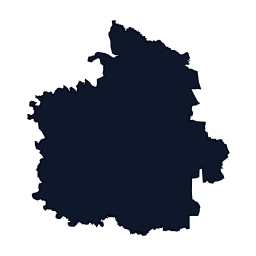 the district of Pénjamo, Guanajuato, Mexico, rotated 87°
{"feature_id": "50627088B98341179464561", "entity_name": "Pénjamo", "entity_type": "district", "adm_level": 2, "iso_a3": "MEX", "parent_name": "Mexico", "parent_adm1": "Guanajuato", "projection": "mercator", "projection_center": [-101.833, 20.405], "detail": "fine", "context": "isolated", "style": "filled", "palette": "ink", "viewbox_px": 256, "rotation_deg": 87, "n_neighbors": 0, "source": "geoboundaries", "source_scale": "gbopen_adm2", "svg_char_len": 5813}
<svg xmlns="http://www.w3.org/2000/svg" viewBox="0 0 256 256"><g transform="rotate(87 128 128)"><path d="M75.3,56.3L75.1,57.8L72.7,62.0L73.1,65.7L72.1,64.9L71.0,65.2L68.8,68.8L67.4,67.8L66.9,66.7L67.4,64.5L67.1,64.1L65.4,65.6L64.5,64.5L64.7,65.8L63.9,66.3L62.5,65.9L62.5,63.9L60.6,63.2L60.2,64.1L57.1,64.2L55.9,65.3L58.2,69.6L57.6,72.9L56.0,74.0L53.9,76.7L53.2,78.0L53.1,81.1L51.0,82.0L50.6,84.3L49.7,84.2L49.5,85.7L49.9,86.4L48.0,86.9L45.7,88.4L44.8,90.2L43.1,91.0L42.2,92.8L43.9,96.5L42.6,97.7L43.3,98.1L43.7,99.3L42.5,101.2L42.5,104.0L43.1,104.7L42.2,105.0L42.4,105.5L41.5,106.2L40.7,106.4L40.0,105.6L39.7,106.6L37.8,106.8L38.0,108.5L37.1,109.1L37.3,109.8L36.3,110.4L35.4,110.1L35.2,111.4L34.3,112.4L33.6,111.9L33.6,112.7L32.8,112.9L33.5,113.6L32.8,113.8L32.9,114.5L31.4,115.1L30.3,117.6L29.1,117.7L29.3,118.7L30.2,119.1L28.7,120.4L28.3,120.1L27.9,121.0L28.3,121.6L29.5,121.8L29.3,123.6L31.4,123.9L31.6,126.4L28.8,126.3L28.4,127.4L27.3,127.3L27.8,128.3L27.4,128.7L25.7,128.3L25.7,129.8L25.2,129.8L24.9,131.0L25.0,132.2L24.0,132.6L24.5,133.3L23.0,135.6L20.4,135.5L20.6,137.8L24.8,137.5L27.2,139.6L30.3,140.0L32.2,141.8L34.1,142.0L39.7,140.3L46.2,140.4L52.2,139.3L53.8,137.0L54.1,133.5L55.1,133.0L56.1,133.3L56.1,135.7L57.6,137.3L57.6,138.8L57.0,140.4L54.3,143.9L52.6,147.5L51.1,154.3L52.0,156.2L54.5,157.2L54.6,159.8L55.6,161.6L55.2,162.9L56.0,163.5L58.8,164.1L59.8,161.2L57.9,158.8L56.0,154.4L56.1,153.1L57.7,151.9L62.2,151.3L61.9,149.7L62.4,150.3L63.3,150.1L63.5,149.0L66.3,148.5L66.4,149.0L67.5,148.7L72.1,149.8L75.2,148.7L78.1,155.8L82.8,156.0L85.6,157.0L85.9,158.9L84.6,161.0L84.5,162.1L80.9,164.1L77.6,167.8L78.1,168.0L79.3,167.2L80.4,168.1L83.8,169.4L83.4,171.0L80.7,170.4L80.9,172.3L79.5,172.8L79.1,173.9L82.4,175.6L83.6,177.0L86.1,175.9L90.0,177.3L89.7,178.7L87.6,179.0L84.6,182.5L85.4,183.6L88.6,183.1L89.0,184.7L85.2,186.9L82.9,189.5L84.4,189.6L86.0,190.8L84.9,194.3L85.0,195.8L87.7,198.5L90.1,199.5L90.9,201.5L90.9,202.3L89.0,202.5L88.3,203.4L89.3,204.9L88.1,207.0L87.7,209.6L88.9,210.3L90.9,210.0L91.4,212.0L92.6,213.9L91.7,214.5L92.2,216.1L91.4,218.1L92.5,218.1L93.5,216.4L97.2,213.1L100.7,214.4L101.7,215.5L101.7,217.4L100.8,220.4L99.9,220.4L98.1,218.9L98.2,220.1L97.1,220.6L96.5,223.0L97.1,224.2L100.5,224.8L101.4,221.9L102.8,220.6L104.2,221.1L105.4,220.1L107.3,220.1L108.8,220.7L110.3,222.7L110.9,224.7L109.9,225.7L109.6,227.0L110.2,227.2L111.8,226.5L113.0,227.4L114.1,225.9L112.8,222.0L113.5,221.1L115.6,221.0L116.8,219.9L117.0,216.9L123.6,216.5L126.4,213.9L133.2,210.6L135.3,212.1L134.9,213.0L135.5,215.1L139.3,218.0L139.0,219.4L137.1,220.2L137.0,221.1L140.5,221.1L143.8,220.0L144.2,218.2L146.0,215.4L146.7,215.4L147.4,216.8L148.0,217.0L150.2,214.7L153.4,213.1L154.5,213.8L154.3,215.4L155.3,217.0L156.1,217.3L157.6,216.7L161.4,219.8L162.9,219.9L165.1,221.2L166.0,219.8L171.9,220.2L172.2,218.9L174.5,218.3L176.5,217.1L176.9,215.4L177.3,215.2L179.1,217.1L179.4,219.4L183.7,220.0L184.7,219.3L186.0,219.5L188.0,221.7L188.7,226.0L189.4,226.8L191.4,226.7L193.2,225.6L194.9,222.2L193.7,218.6L195.4,217.1L195.1,215.8L196.1,214.1L196.8,213.5L199.9,213.3L201.2,214.0L202.1,216.2L204.1,216.0L205.3,214.7L203.7,213.1L204.5,212.0L204.4,209.5L206.1,207.5L206.3,204.8L210.0,202.1L210.9,203.9L213.6,204.3L214.4,202.5L214.5,200.4L211.6,197.5L213.4,194.5L214.7,193.7L214.6,192.0L215.2,191.1L216.8,191.9L217.5,190.1L218.7,189.4L219.5,190.2L219.7,192.4L221.2,192.4L222.5,191.4L223.1,187.2L221.0,184.5L219.6,183.6L218.4,181.3L221.2,178.1L220.9,176.9L221.8,174.7L221.4,172.7L219.0,172.1L220.2,170.9L219.4,170.0L219.8,169.1L220.3,169.5L221.8,168.7L220.9,167.9L220.9,166.1L222.6,165.9L222.6,165.2L224.3,164.4L222.0,162.9L221.6,161.2L224.3,159.9L224.8,158.8L223.8,157.9L221.6,158.2L220.6,159.1L221.2,160.8L217.9,160.7L216.6,159.0L218.1,158.2L217.9,156.8L215.7,154.9L216.2,153.6L214.9,153.8L213.6,153.1L214.1,151.8L215.5,151.8L215.4,150.6L214.2,150.8L215.6,148.8L215.3,148.2L215.8,147.0L215.3,146.7L215.5,145.9L214.9,145.8L215.2,145.0L217.0,145.0L216.6,144.3L217.1,143.0L218.4,143.5L219.1,144.6L221.2,142.8L223.6,142.8L225.4,140.9L224.6,139.8L225.0,138.1L226.3,137.9L227.0,136.6L227.7,136.5L228.8,132.7L230.7,130.9L232.8,130.6L231.9,130.0L233.4,129.1L232.9,128.3L233.2,127.2L232.0,127.1L232.5,125.3L231.7,125.2L231.8,124.3L232.9,124.6L233.0,123.8L234.2,123.6L234.4,122.6L233.3,121.3L232.4,121.4L232.3,120.7L233.6,120.7L232.9,119.9L233.1,119.4L233.9,119.9L235.4,119.2L234.8,118.8L235.5,118.4L235.0,117.8L235.6,117.2L235.6,116.0L233.5,115.5L233.8,114.4L232.8,114.1L232.8,113.2L231.4,113.4L231.0,111.7L229.2,109.4L228.9,107.9L230.4,107.2L230.2,106.1L228.7,105.5L229.4,102.6L228.6,102.0L229.0,99.7L228.2,99.3L227.4,99.7L227.1,99.0L228.4,97.6L231.8,97.8L231.6,96.3L232.2,96.1L231.4,92.7L232.6,89.5L232.3,88.6L232.7,88.1L232.4,87.0L233.1,85.5L233.1,83.7L232.5,83.4L232.6,82.4L230.1,81.4L230.8,80.5L229.7,77.3L230.4,74.5L231.4,74.7L231.3,72.4L218.3,71.8L218.7,63.0L214.5,61.3L212.6,61.5L211.0,60.6L207.7,61.7L207.3,63.1L206.1,63.0L205.9,63.9L204.5,66.0L203.6,66.4L203.6,68.1L194.9,68.3L181.0,67.3L181.1,63.3L180.3,60.1L172.4,59.4L171.7,55.6L185.8,55.4L185.7,53.5L183.3,51.9L186.5,49.5L187.2,46.2L186.2,45.8L185.2,44.0L185.3,41.5L184.0,37.2L182.9,37.6L182.8,35.3L180.8,35.6L176.9,38.0L175.1,38.4L172.8,38.2L172.7,36.6L172.0,37.5L170.5,37.0L169.7,36.0L166.5,36.5L162.1,30.2L160.2,31.1L157.9,28.6L153.7,30.4L150.0,31.1L149.7,32.7L144.6,35.7L145.3,39.4L146.2,41.1L144.1,41.2L144.2,43.2L143.6,44.5L144.5,46.1L143.5,46.8L142.2,46.5L142.4,48.8L136.8,49.5L137.1,50.7L132.9,52.5L132.5,51.5L129.4,51.8L128.7,51.1L126.9,52.0L127.0,50.8L126.5,50.9L125.6,59.1L123.8,63.3L124.2,65.1L122.8,66.5L120.7,65.6L120.6,66.1L118.4,65.6L118.9,63.7L116.3,62.9L112.6,64.2L109.0,63.3L107.7,59.1L108.3,59.2L107.0,55.9L105.1,57.8L91.6,63.9L92.2,58.5L91.8,57.4L92.4,53.8L85.8,55.6L75.3,56.3Z" fill="#0f172a" stroke="#020617" stroke-width="1.5"/></g></svg>